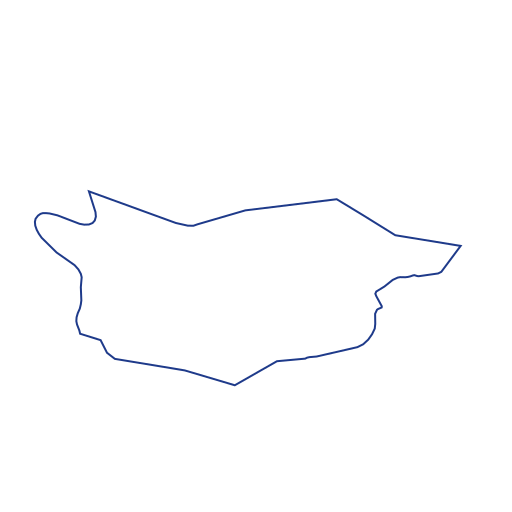 the State of Central Darfur, rotated 248°
{"feature_id": "SDN-5859", "entity_name": "Central Darfur", "entity_type": "State", "adm_level": 1, "iso_a3": "SDN", "parent_name": "Sudan", "parent_adm1": "", "projection": "robinson", "projection_center": [23.507, 12.127], "detail": "fine", "context": "isolated", "style": "outline", "palette": "blue", "viewbox_px": 512, "rotation_deg": 248, "n_neighbors": 0, "source": "natural_earth", "source_scale": "10m", "svg_char_len": 1132}
<svg xmlns="http://www.w3.org/2000/svg" viewBox="0 0 512 512"><g transform="rotate(248 256 256)"><path d="M188.7,449.5L171.9,421.9L171.6,418.3L176.3,399.3L177.0,398.0L178.9,395.7L179.2,394.2L179.3,391.5L179.7,388.9L180.4,386.4L182.4,381.7L182.9,379.3L182.7,375.4L182.6,373.7L179.6,363.7L178.0,354.2L176.3,352.5L173.6,352.5L162.3,353.8L161.2,353.2L161.1,349.2L160.8,348.0L157.8,344.8L148.3,341.1L144.2,338.9L140.0,334.3L136.4,328.7L134.0,322.3L133.5,315.9L140.1,274.5L142.2,267.7L142.6,265.3L142.4,263.2L150.6,236.0L144.1,187.9L176.6,147.1L213.5,86.6L222.1,81.6L236.2,80.4L249.8,63.8L253.1,64.3L259.6,64.4L262.9,65.0L266.4,66.7L269.7,69.3L273.2,72.9L276.7,75.4L280.2,77.4L292.7,81.9L301.6,86.4L305.1,86.9L310.1,86.3L315.4,84.4L334.0,72.4L353.2,64.1L358.0,63.0L362.4,62.5L366.8,62.7L370.5,63.8L373.1,65.6L375.1,69.0L375.8,72.0L375.6,74.4L374.5,77.2L372.8,80.5L368.1,87.1L351.9,104.5L349.4,108.5L347.8,112.9L347.8,116.8L349.3,119.8L352.5,122.3L356.8,123.6L378.5,125.3L316.6,194.1L309.7,204.1L307.5,209.3L307.3,213.6L302.3,263.2L278.4,352.1L253.5,370.7L223.1,392.9L188.7,449.5Z" fill="none" stroke="#1e3a8a" stroke-width="2"/></g></svg>